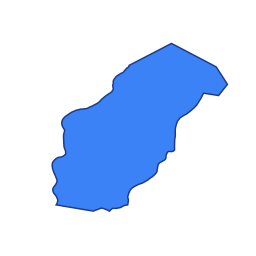 the district of Obrier, Laborie, Saint Lucia, rotated 224°
{"feature_id": "8701671B40447391578275", "entity_name": "Obrier", "entity_type": "district", "adm_level": 2, "iso_a3": "LCA", "parent_name": "Saint Lucia", "parent_adm1": "Laborie", "projection": "natural_earth1", "projection_center": [-60.973, 13.769], "detail": "fine", "context": "isolated", "style": "filled", "palette": "blue", "viewbox_px": 256, "rotation_deg": 224, "n_neighbors": 0, "source": "geoboundaries", "source_scale": "gbopen_adm2", "svg_char_len": 2870}
<svg xmlns="http://www.w3.org/2000/svg" viewBox="0 0 256 256"><g transform="rotate(224 128 128)"><path d="M85.4,214.3L86.8,228.5L107.0,233.2L111.5,231.9L155.5,219.0L170.7,173.8L170.3,173.2L170.0,172.4L170.1,171.8L170.3,171.0L170.5,169.9L170.4,168.9L170.4,168.0L170.3,167.1L170.3,166.5L170.2,165.8L170.1,165.1L170.2,164.5L170.4,163.7L170.7,163.1L171.0,162.5L171.3,161.3L171.6,160.2L171.7,159.5L171.9,158.8L172.1,158.0L172.1,157.2L172.2,156.8L172.2,155.9L172.1,155.3L172.0,154.8L171.9,154.1L171.8,153.3L171.7,152.8L171.4,152.0L171.3,151.7L170.9,151.1L170.3,150.6L169.8,150.2L169.3,149.3L169.0,148.7L168.5,148.1L167.7,147.3L167.1,146.9L166.5,146.5L166.2,146.3L165.6,145.7L165.3,145.0L165.1,144.4L165.0,143.6L164.9,143.1L164.9,142.2L165.0,141.7L165.2,140.5L165.4,139.8L165.7,138.7L165.9,137.7L166.2,136.3L166.3,135.7L166.4,134.8L166.6,133.5L166.7,132.2L166.8,131.4L166.9,130.4L166.9,129.3L166.8,128.3L166.8,127.6L166.9,126.0L167.0,125.6L167.4,124.0L167.8,122.6L168.8,119.6L170.5,115.3L170.6,114.9L170.9,114.0L171.2,113.4L171.5,112.9L171.8,112.6L172.1,112.1L172.6,111.5L173.0,111.1L173.6,110.4L174.2,109.7L174.5,109.3L175.3,108.5L176.3,106.7L177.7,104.6L178.9,101.6L179.6,99.9L180.3,96.8L181.2,91.6L180.9,88.8L180.2,87.0L178.6,85.0L177.7,84.5L176.4,83.7L174.0,82.9L172.5,82.8L171.4,81.5L169.9,78.9L169.0,77.6L164.2,73.0L162.2,71.2L160.9,70.0L159.1,69.1L156.9,68.0L154.8,66.2L154.9,63.2L155.5,61.4L156.4,60.1L157.5,58.8L158.0,57.8L158.6,55.1L158.6,53.2L158.4,51.4L157.7,49.8L156.5,48.3L154.0,46.4L151.5,45.0L150.7,44.6L149.6,44.2L148.7,43.8L147.7,43.5L144.9,42.2L143.1,41.4L142.1,40.4L141.5,39.4L140.7,36.9L140.7,36.3L140.4,33.9L140.0,32.4L139.2,31.3L137.7,30.2L136.5,29.7L136.0,29.6L134.5,29.4L132.9,29.2L131.8,28.9L130.5,28.4L129.0,27.7L128.1,27.0L127.6,26.3L126.6,24.3L126.3,22.8L95.2,44.1L94.6,45.7L94.0,46.8L93.3,48.2L92.6,49.7L91.9,51.2L91.5,51.9L90.9,52.3L90.0,52.9L89.0,53.4L87.5,54.0L86.0,54.6L84.9,55.0L84.4,55.0L83.6,55.1L83.5,54.9L83.6,56.6L83.5,58.1L83.3,59.3L82.9,59.9L82.3,60.4L81.2,61.4L80.0,62.9L78.6,64.9L78.0,66.1L77.6,67.2L77.3,68.6L76.9,69.6L76.4,70.4L75.7,71.3L75.2,72.0L75.0,72.3L74.8,72.5L75.4,73.3L76.0,74.3L76.8,75.4L78.0,76.8L78.5,77.1L79.5,77.6L79.9,77.8L80.4,78.4L81.0,79.4L81.5,80.3L81.9,81.1L82.4,82.3L82.9,83.9L83.2,84.5L83.4,86.0L83.4,87.4L83.2,88.7L82.8,90.2L82.5,91.2L81.9,92.8L81.5,94.1L81.0,95.3L80.4,96.5L79.8,97.6L79.4,98.4L79.2,99.0L78.9,99.9L78.6,100.9L78.0,103.0L77.6,104.6L77.5,105.6L77.2,107.8L77.1,108.3L76.7,109.4L76.4,114.1L76.8,116.6L79.6,120.5L81.0,122.8L81.1,125.0L80.1,128.2L79.5,130.1L79.5,132.1L81.8,135.1L82.8,138.1L82.4,139.5L80.2,141.3L79.2,143.2L79.3,144.6L81.4,146.7L84.7,150.3L86.1,151.8L88.7,155.4L92.0,158.7L94.0,161.1L95.9,164.5L97.2,167.4L97.6,171.7L96.4,176.5L95.6,178.8L94.9,183.7L94.5,188.8L94.5,192.1L95.9,198.9L96.8,202.2L97.9,205.5L85.4,214.3Z" fill="#3b82f6" stroke="#1e3a8a" stroke-width="1.5"/></g></svg>